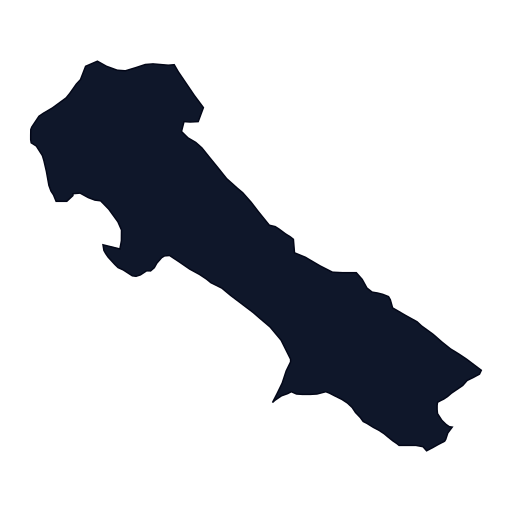 Rania, As-Sulaymaniyah, Iraq (Albers equal-area conic projection)
{"feature_id": "34846034B64750454445952", "entity_name": "Rania", "entity_type": "district", "adm_level": 2, "iso_a3": "IRQ", "parent_name": "Iraq", "parent_adm1": "As-Sulaymaniyah", "projection": "albers", "projection_center": [44.943, 36.167], "detail": "fine", "context": "isolated", "style": "filled", "palette": "ink", "viewbox_px": 512, "rotation_deg": 0, "n_neighbors": 0, "source": "geoboundaries", "source_scale": "gbopen_adm2", "svg_char_len": 2231}
<svg xmlns="http://www.w3.org/2000/svg" viewBox="0 0 512 512"><path d="M426.6,450.8L433.6,447.1L438.4,444.4L444.6,441.2L445.7,439.4L447.8,433.0L452.2,427.1L449.3,426.7L446.0,424.4L441.9,420.4L437.5,413.6L437.1,409.5L437.1,405.5L437.5,402.3L440.8,400.5L443.7,399.1L447.7,396.4L451.4,393.2L462.7,385.5L467.1,380.5L473.6,377.3L479.5,374.1L481.3,370.3L466.6,359.2L459.3,354.3L450.5,348.9L442.0,342.1L433.2,334.4L421.5,325.9L417.1,321.8L405.7,315.5L392.6,307.9L390.3,299.7L388.5,296.6L382.7,294.3L377.5,293.0L372.1,292.1L366.9,288.0L362.2,279.4L356.3,272.7L342.8,272.7L332.5,272.2L320.1,265.9L307.8,258.7L305.5,257.3L294.5,252.8L293.4,239.3L290.5,237.0L285.4,233.8L282.6,231.7L278.8,228.9L275.2,226.6L269.3,225.2L258.4,211.7L251.1,202.2L242.7,192.7L237.2,188.1L226.6,178.6L218.3,168.2L209.1,156.9L201.9,147.9L195.7,142.4L188.0,137.9L181.5,131.5L184.0,121.6L190.2,122.0L198.2,121.6L203.4,107.6L194.3,95.4L178.3,71.8L174.2,64.7L168.3,65.2L153.0,63.9L145.3,64.5L135.6,67.7L125.4,70.8L117.2,70.2L111.5,68.1L106.5,66.3L97.4,61.2L85.6,66.3L82.0,75.7L81.9,75.9L80.5,79.6L76.4,84.0L69.7,93.5L66.1,97.9L52.3,108.0L43.6,113.1L39.0,116.2L31.8,127.0L30.8,129.5L30.7,135.2L30.7,139.7L31.2,142.8L36.3,146.0L42.4,155.6L43.9,160.6L46.4,171.4L48.9,185.4L51.0,191.1L53.5,194.9L56.1,201.3L66.8,201.3L72.9,195.6L73.0,193.7L80.1,193.1L88.3,197.6L94.9,200.1L100.6,200.8L108.7,209.1L117.9,221.8L121.5,230.0L121.4,240.8L119.9,249.0L103.0,244.8L103.9,250.4L105.7,253.6L108.2,257.2L114.8,264.4L118.1,267.6L123.2,269.9L132.3,275.8L136.0,276.3L140.4,274.9L146.6,270.8L150.6,270.9L154.3,267.7L156.8,263.2L161.6,257.7L164.5,255.9L169.6,255.5L174.4,258.7L179.1,261.8L189.7,269.1L199.6,274.5L206.5,279.1L210.9,282.7L221.8,288.1L230.6,295.4L253.3,312.6L259.5,318.0L270.1,327.0L281.1,340.2L290.6,359.2L290.6,361.9L286.2,370.9L282.2,383.1L277.1,393.6L272.5,402.5L274.9,400.3L281.5,395.8L287.7,393.6L291.3,391.7L296.5,394.0L302.7,394.4L310.0,394.4L317.0,394.0L325.8,391.7L329.4,393.1L334.6,395.8L341.9,399.4L347.4,403.0L352.2,407.5L355.5,412.5L360.2,417.4L363.2,421.5L366.8,423.3L373.4,427.4L378.6,430.1L384.1,433.7L387.8,436.8L392.9,440.9L396.9,443.6L399.1,445.4L407.2,445.4L416.0,445.4L423.0,446.7L426.6,450.8Z" fill="#0f172a" stroke="#020617" stroke-width="1.5"/></svg>